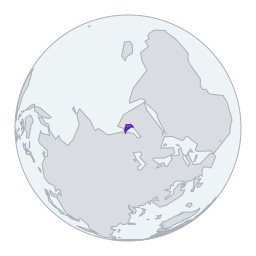 the Earth from above United Arab Emirates, rotated 169°
{"feature_id": "ARE", "entity_name": "United Arab Emirates", "entity_type": "country or territory", "adm_level": 0, "iso_a3": "ARE", "parent_name": "Asia", "parent_adm1": "", "projection": "orthographic", "projection_center": [54.388, 24.345], "detail": "coarse", "context": "on_globe", "style": "filled", "palette": "violet", "viewbox_px": 256, "rotation_deg": 169, "n_neighbors": 0, "source": "natural_earth", "source_scale": "50m", "svg_char_len": 10419}
<svg xmlns="http://www.w3.org/2000/svg" viewBox="0 0 256 256"><g transform="rotate(169 128 128)"><circle cx="128" cy="128" r="113" fill="#eef3f6" stroke="#a8b0b8"/><path d="M162.4,20.7L163.4,21.1L162.0,20.7L156.7,19.2L155.6,19.0L158.8,19.9L159.4,20.4L154.8,19.0L155.3,19.7L146.5,18.0L135.7,15.8L129.7,15.8L115.5,16.2L115.7,16.3L110.5,17.0L108.7,17.5L106.6,17.7L107.0,18.0L109.3,17.7L110.3,17.8L109.5,18.2L106.6,18.4L105.3,18.6L104.3,18.6L104.3,18.8L101.0,19.3L103.0,19.4L99.3,20.3L97.4,20.5L99.3,19.7L99.4,19.0L107.2,17.3L115.1,16.1L123.1,15.5L131.0,15.4L139.0,15.9L146.9,17.0L154.7,18.6L162.4,20.7ZM81.1,25.6L85.3,23.8L85.8,23.7L89.4,22.5L87.1,23.7L82.8,25.6L79.7,26.8L77.7,27.8L79.2,27.7L72.0,31.2L64.8,36.2L63.1,37.2L62.4,36.8L66.1,33.9L65.9,34.0L73.3,29.5L81.1,25.6ZM64.2,35.2L63.9,35.4L60.8,37.6L64.2,35.2ZM58.5,39.4L58.3,39.5L57.5,40.2L58.3,39.6L56.5,41.0L56.7,40.8L58.5,39.4ZM163.9,21.3L164.9,21.6L165.3,21.8L163.9,21.3ZM90.5,22.0L89.9,22.3L89.5,22.4L90.5,22.0ZM92.5,21.4L92.4,21.3L93.4,21.0L92.5,21.4ZM163.5,21.4L163.9,21.7L162.6,21.1L163.5,21.4ZM92.4,21.6L95.1,20.4L96.8,19.9L98.4,19.8L92.4,21.6ZM163.5,21.7L164.5,22.9L166.7,23.6L160.9,22.5L162.0,21.7L160.0,20.7L162.2,21.5L163.5,21.7ZM110.4,17.5L107.9,17.8L110.7,17.2L110.4,17.5ZM112.0,17.1L119.2,15.9L122.4,15.8L119.4,16.2L124.1,16.0L122.1,16.6L119.1,16.8L117.4,16.6L117.9,17.0L112.0,17.1ZM157.5,21.9L156.9,22.1L156.5,21.6L157.5,21.9ZM110.9,17.8L112.1,17.5L114.9,17.3L113.1,18.0L112.8,17.8L110.9,17.8ZM126.4,15.8L128.2,16.0L127.1,16.5L127.6,16.6L122.4,16.6L126.4,15.8ZM111.7,18.0L112.1,18.4L110.0,18.9L109.9,18.1L111.7,18.0ZM116.5,17.1L117.7,17.1L116.4,17.3L116.5,17.1ZM102.8,21.0L104.1,20.4L105.7,20.2L102.8,21.0ZM112.4,18.5L113.1,18.4L113.9,18.3L113.7,18.7L112.4,18.5ZM122.0,17.0L121.1,17.3L124.1,17.0L123.3,17.5L120.0,17.5L121.1,17.7L120.9,17.9L118.4,17.7L122.0,17.0ZM115.9,18.9L111.4,19.3L108.5,20.4L107.0,20.5L111.9,18.8L115.9,18.9ZM117.6,18.2L116.2,18.6L115.0,18.4L115.2,18.0L117.6,18.2ZM124.1,18.0L126.0,17.2L126.7,17.2L124.1,18.0ZM115.3,19.2L116.4,19.1L115.3,19.3L115.3,19.2ZM121.6,18.3L122.2,18.0L123.0,18.1L121.6,18.3ZM118.1,19.3L116.7,19.4L116.8,19.1L118.1,19.3ZM119.9,18.9L120.8,19.1L117.7,18.9L120.1,18.7L119.9,18.9ZM122.2,18.4L122.9,18.4L121.9,18.6L122.2,18.4ZM118.6,20.7L114.7,20.5L114.9,19.8L118.7,19.9L118.6,20.7ZM25.8,134.4L24.4,115.8L27.1,110.8L29.0,103.5L48.6,86.7L51.2,89.8L64.8,91.9L66.2,93.4L62.9,98.7L71.8,109.0L76.7,105.1L86.4,111.3L94.0,112.5L99.7,102.1L87.3,100.0L86.9,94.4L98.2,91.5L109.3,93.8L109.5,91.8L103.9,86.3L107.9,83.0L102.1,84.1L103.4,86.4L99.8,87.3L98.4,85.3L99.9,84.1L97.0,82.7L90.7,89.1L91.3,92.2L82.8,91.8L82.9,97.0L80.1,98.8L78.7,90.7L80.0,88.1L76.2,78.9L74.1,81.5L77.5,90.5L75.8,89.5L73.0,93.6L73.8,89.6L70.6,79.5L63.8,79.1L52.6,87.2L49.2,86.7L47.5,83.1L54.1,73.0L61.0,75.5L63.5,72.4L64.3,66.7L66.3,68.1L67.5,66.3L70.3,67.1L76.4,64.0L79.6,64.6L84.1,59.4L86.4,59.1L83.1,62.2L82.5,64.8L90.7,66.7L92.9,65.9L95.1,62.6L97.1,63.7L98.2,60.2L104.0,60.1L97.9,57.5L100.4,54.0L105.0,52.0L104.8,50.5L97.3,53.8L95.3,55.7L95.3,57.9L88.9,63.1L85.6,63.3L88.2,56.6L83.9,56.4L87.8,51.6L105.6,44.8L111.9,44.3L118.0,50.5L115.4,52.4L111.8,51.0L113.2,55.4L114.0,53.5L115.6,54.7L118.4,52.0L119.7,52.7L120.2,49.1L122.1,49.7L121.8,52.0L127.5,49.0L132.0,49.8L132.7,48.8L132.2,47.6L138.3,49.6L138.5,48.8L136.6,47.8L135.8,45.7L136.8,42.9L138.9,43.7L138.8,44.9L141.7,48.7L141.1,51.9L142.1,52.0L143.0,49.5L139.5,44.7L139.5,42.8L141.6,44.8L140.9,43.9L141.5,43.3L144.1,43.5L142.0,41.3L146.4,34.1L151.8,34.2L153.2,36.5L158.4,33.5L164.1,34.6L162.3,33.5L163.7,31.8L161.9,31.5L161.1,30.9L163.7,27.2L165.9,27.3L165.0,25.2L164.1,24.8L162.4,24.6L160.9,22.5L166.7,23.6L168.5,24.4L171.0,24.8L174.6,26.9L178.8,29.0L181.4,31.6L184.5,33.3L185.1,33.3L189.8,35.9L197.2,42.0L188.5,37.1L176.8,29.6L181.3,32.4L179.5,31.9L180.6,33.1L183.9,35.3L184.8,35.5L185.9,40.9L192.2,48.5L193.7,46.9L196.9,48.4L205.4,57.2L210.9,72.7L215.2,76.1L216.9,79.0L216.5,81.8L213.9,77.6L211.5,77.0L210.1,74.3L208.5,77.9L206.5,74.3L206.2,79.1L208.7,81.5L210.9,79.4L211.6,85.5L216.6,89.2L219.6,95.3L219.3,108.7L215.4,114.5L215.6,116.6L212.8,115.3L211.0,120.5L217.7,130.1L218.2,133.5L214.3,141.7L213.8,139.3L206.4,135.7L206.4,144.0L212.1,148.7L214.1,155.6L210.3,154.7L208.1,148.7L205.5,147.2L205.2,140.2L201.2,130.7L197.3,133.9L196.7,129.7L190.5,122.5L184.4,126.8L175.4,140.0L175.7,150.8L171.9,156.1L163.5,141.9L160.8,131.7L157.2,133.1L149.1,125.0L133.3,125.2L131.7,122.5L128.6,123.8L123.0,121.0L120.7,116.5L117.1,116.7L123.3,128.6L127.3,128.4L131.5,123.9L132.4,128.2L137.8,131.8L129.7,141.9L107.2,150.0L106.1,141.9L94.4,118.3L95.3,115.9L95.3,115.6L95.3,115.0L93.1,118.9L91.5,114.3L96.6,130.6L97.0,137.3L106.9,150.5L105.7,151.6L109.2,154.4L121.7,152.0L121.5,154.6L115.0,166.4L98.6,181.0L101.4,191.4L101.3,199.7L92.4,203.9L94.7,210.0L90.3,211.4L91.0,214.6L88.3,217.3L83.3,219.1L73.2,216.7L71.4,213.8L64.6,206.8L54.8,190.1L56.1,183.8L54.7,177.9L47.6,162.5L49.0,155.5L47.4,151.7L43.9,151.1L42.2,146.4L40.1,145.4L28.5,141.7L25.8,134.4ZM40.0,96.9L39.1,99.0L40.0,96.9ZM119.9,102.1L127.3,102.9L125.8,95.9L128.5,95.8L127.0,93.6L125.7,95.4L122.3,89.5L126.1,87.8L126.2,84.9L123.7,84.5L117.2,88.7L122.0,97.0L119.5,99.7L119.9,102.1ZM59.7,38.4L59.6,38.5L58.5,39.4L58.4,39.4L59.5,38.6L59.7,38.4ZM57.1,41.5L54.2,43.8L56.2,42.1L55.6,42.3L58.9,39.3L62.4,37.6L60.2,38.8L57.1,41.5ZM64.4,35.2L61.8,37.0L64.5,35.1L64.4,35.2ZM71.2,56.3L71.4,57.8L69.3,59.6L65.2,59.7L68.3,57.1L71.2,56.3ZM72.2,59.7L76.0,53.4L78.6,53.4L76.5,54.4L77.9,55.0L74.8,56.9L73.7,63.4L71.8,65.4L65.4,64.0L68.6,63.2L68.1,61.6L72.2,59.7ZM80.7,40.2L82.4,38.3L86.0,40.6L84.1,42.2L79.9,42.2L79.8,40.3L80.7,40.2ZM94.7,21.9L95.1,21.5L95.9,21.4L96.2,21.6L94.7,21.9ZM103.3,20.7L93.8,23.5L93.8,23.1L88.3,25.6L86.1,25.7L89.7,24.0L83.9,26.1L86.3,24.7L82.4,26.3L90.7,22.7L92.6,21.7L91.3,22.7L93.3,22.5L94.7,22.2L100.2,20.6L105.3,18.9L108.1,18.7L108.7,19.1L107.9,19.5L106.3,19.4L106.4,20.0L103.5,20.2L103.3,20.7ZM114.2,27.7L112.7,26.7L112.3,29.4L109.5,29.0L109.6,29.3L106.9,29.8L103.8,31.1L102.7,30.7L102.0,31.4L100.1,31.9L98.7,32.7L96.4,32.5L94.5,33.6L94.4,32.9L91.8,34.8L92.7,33.3L90.4,34.0L90.7,35.1L81.3,33.2L76.7,34.1L72.4,35.9L74.5,33.4L79.9,30.4L86.6,27.7L90.7,27.4L90.9,26.5L93.0,26.2L91.9,27.0L94.7,25.5L96.1,25.5L102.1,24.1L105.2,22.3L107.5,21.9L106.9,22.6L109.5,21.7L110.1,22.8L111.7,22.6L113.8,23.7L111.9,25.4L113.8,25.1L115.5,26.1L114.2,27.7ZM119.1,21.0L117.4,22.8L115.0,23.6L112.3,21.5L110.8,21.5L109.0,20.5L112.5,19.4L112.7,19.8L113.7,19.9L112.2,20.2L114.1,20.1L114.5,20.6L116.1,20.7L115.1,21.2L119.1,21.0ZM68.9,91.9L70.2,92.5L72.5,92.9L70.8,95.6L68.9,91.9ZM66.6,85.0L67.9,85.0L66.6,88.7L65.2,88.2L66.6,85.0ZM69.8,82.0L68.1,84.7L68.2,82.9L69.8,82.0ZM84.4,62.1L86.0,62.0L85.7,62.9L84.3,63.9L84.4,62.1ZM112.4,36.5L112.0,35.6L112.7,35.3L114.0,33.1L116.2,33.3L116.3,34.7L112.4,36.5ZM97.0,103.6L94.1,105.4L93.3,104.2L94.4,103.8L97.0,103.6ZM81.3,100.5L84.4,102.6L80.8,101.3L81.3,100.5ZM115.1,36.4L115.3,35.4L116.3,36.2L115.1,36.4ZM117.9,33.4L119.2,34.1L116.6,33.1L117.9,33.4ZM146.7,234.7L147.9,235.2L146.0,235.4L146.7,234.7ZM120.6,199.7L115.0,213.0L109.7,212.8L107.8,208.8L109.3,200.6L115.3,198.5L118.0,194.6L120.6,199.7ZM228.3,164.7L229.7,164.1L229.5,164.6L228.3,164.7ZM227.0,164.2L228.7,163.1L226.5,165.4L227.0,164.2ZM229.3,162.7L231.0,160.6L231.8,159.3L231.5,160.4L229.3,162.7ZM225.8,165.0L218.2,169.0L214.9,169.3L215.9,167.2L221.2,165.1L225.8,165.0ZM215.6,167.3L210.3,164.6L201.4,153.1L204.6,152.4L213.6,158.0L213.1,159.7L216.3,162.2L215.6,167.3ZM227.6,152.3L227.0,157.1L223.0,159.0L221.1,159.3L219.8,154.2L220.5,150.8L222.2,150.1L227.4,136.7L229.5,138.0L228.1,143.3L229.7,146.3L227.6,152.3ZM176.2,151.7L179.2,157.4L177.0,158.9L176.2,151.7ZM228.6,128.3L227.1,134.1L228.2,126.9L228.6,128.3ZM228.7,122.0L229.2,124.1L228.0,122.5L228.7,122.0ZM216.4,119.8L214.7,121.1L214.2,119.6L216.1,116.9L216.4,119.8ZM221.8,100.5L223.4,105.1L223.7,106.9L222.1,104.5L221.8,100.5ZM134.4,39.1L130.2,41.7L128.6,44.3L130.0,46.4L126.2,44.7L128.6,40.8L134.4,39.1ZM144.7,34.5L143.4,32.9L145.1,33.1L145.7,33.5L144.7,34.5ZM143.1,33.9L139.3,33.1L139.4,31.9L142.3,32.7L143.1,33.9ZM127.1,34.2L125.7,34.9L124.9,34.2L127.1,34.2ZM218.7,194.8L210.6,203.8L209.2,204.5L211.7,201.5L214.6,194.7L215.3,194.4L217.5,189.1L225.2,180.0L231.4,167.7L233.2,165.9L236.1,157.3L237.2,155.3L235.5,161.5L235.4,161.8L232.3,170.6L228.4,179.0L223.9,187.1L218.7,194.8ZM231.5,162.6L233.7,157.6L234.5,156.5L231.5,162.6ZM239.0,147.2L238.7,148.4L239.2,145.7L239.4,142.8L238.1,144.5L237.9,143.0L238.6,140.6L237.3,140.8L238.8,137.8L239.1,141.2L239.8,136.7L240.3,135.4L240.4,135.1L239.0,147.2ZM238.2,147.2L238.4,146.9L238.1,148.5L238.2,147.2ZM235.3,147.5L235.2,148.7L234.7,148.3L235.3,147.5ZM236.0,146.1L237.3,145.8L235.8,147.2L236.0,146.1ZM230.7,146.6L231.3,149.0L233.1,145.8L231.7,149.5L232.7,153.1L232.1,155.2L231.3,151.1L230.5,156.7L229.6,157.2L229.4,153.1L230.4,147.0L231.3,144.2L234.4,140.7L230.7,146.6ZM236.1,142.6L235.7,139.8L235.9,137.2L236.4,138.5L236.1,142.6ZM234.0,133.1L232.3,130.3L231.3,132.8L233.0,125.5L234.4,129.3L234.0,133.1ZM231.9,125.6L230.9,127.8L231.6,123.8L231.9,125.6ZM230.4,126.8L229.8,124.2L230.8,123.9L230.4,126.8ZM232.5,125.3L231.9,120.6L232.8,122.9L232.5,125.3ZM228.2,118.7L231.1,121.5L228.1,121.6L225.8,113.1L227.0,112.1L228.2,118.7ZM220.9,80.3L219.5,78.2L219.9,76.9L220.8,78.7L220.9,80.3ZM219.9,71.7L219.5,75.9L219.0,79.7L220.1,80.2L221.8,84.5L219.0,81.7L217.8,76.2L218.6,74.1L216.8,70.7L216.2,67.7L213.3,64.0L212.4,62.0L215.2,64.7L219.9,71.7ZM212.0,62.6L206.8,56.1L208.5,55.7L210.0,57.0L211.7,60.1L210.7,60.1L212.0,62.6ZM206.0,54.5L205.0,54.6L195.2,47.0L193.6,45.4L201.9,50.4L201.4,50.8L203.5,52.9L206.0,54.5ZM158.1,22.4L157.0,22.1L158.1,22.2L158.1,22.4ZM160.1,30.7L159.3,29.9L160.5,29.9L160.1,30.7ZM157.6,27.9L156.8,28.4L156.8,27.5L157.6,27.9ZM155.2,29.8L156.1,28.5L156.4,30.3L155.2,29.8Z" fill="#d9dde1" stroke="#a8b0b8" stroke-width="1"/><path d="M131.4,125.4L131.6,126.7L131.0,127.2L130.9,126.8L130.5,127.0L130.5,128.2L130.8,128.2L130.9,128.5L129.9,128.8L130.0,129.2L129.5,130.6L129.3,131.4L124.7,130.8L122.9,128.4L123.0,128.0L123.3,128.1L123.3,128.5L123.5,128.7L124.2,128.7L124.9,128.4L127.1,128.5L128.0,128.1L128.6,127.1L130.7,125.1L131.0,124.6L131.1,125.3L131.4,125.4ZM131.2,126.3L131.4,126.1L131.2,126.3ZM127.2,128.3L126.9,128.4L126.6,128.3L127.0,128.2L127.2,128.3ZM126.1,128.2L125.9,128.1L126.3,127.9L126.1,128.2ZM128.0,127.7L128.1,127.8L127.9,127.8L128.0,127.7ZM124.9,128.0L124.9,127.9L124.9,128.0Z" fill="#8b5cf6" stroke="#5b21b6" stroke-width="1.5"/></g></svg>